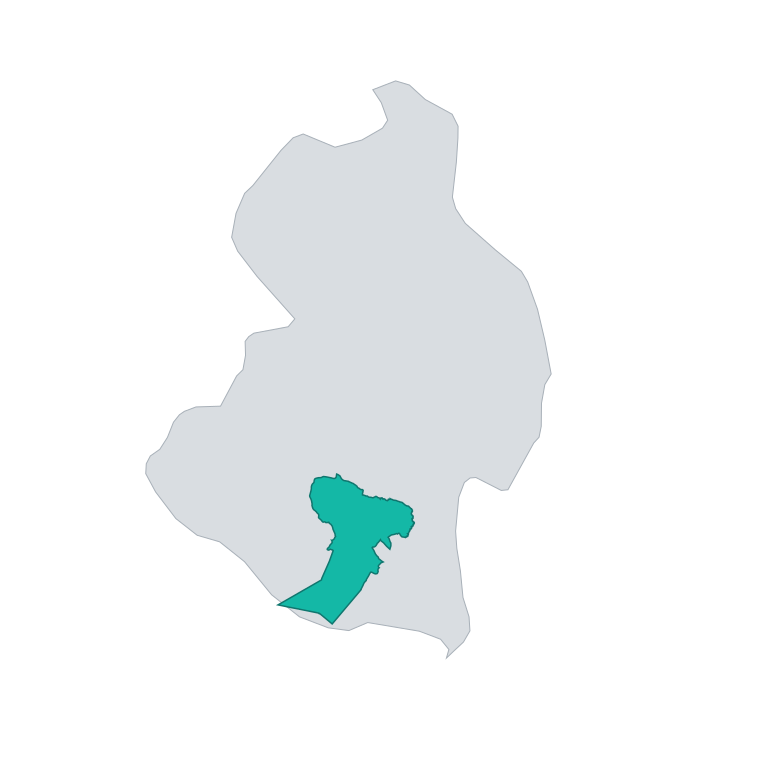 location of Gatsibo, Eastern, Rwanda, rotated 134°
{"feature_id": "39286606B53863210323147", "entity_name": "Gatsibo", "entity_type": "district", "adm_level": 2, "iso_a3": "RWA", "parent_name": "Rwanda", "parent_adm1": "Eastern", "projection": "robinson", "projection_center": [30.287, -1.667], "detail": "fine", "context": "in_parent", "style": "filled", "palette": "teal", "viewbox_px": 768, "rotation_deg": 134, "n_neighbors": 0, "source": "geoboundaries", "source_scale": "gbopen_adm2", "svg_char_len": 6881}
<svg xmlns="http://www.w3.org/2000/svg" viewBox="0 0 768 768"><g transform="rotate(134 384 384)"><path d="M314.6,235.5L322.4,235.3L374.0,221.4L379.1,225.7L387.4,252.9L391.8,256.8L399.0,257.8L413.5,251.6L440.1,230.3L451.6,217.5L465.3,199.3L482.7,178.9L492.4,161.1L501.9,150.7L514.4,147.6L528.2,148.3L537.8,148.7L529.9,152.9L528.3,166.0L537.3,186.9L566.9,230.0L585.8,238.0L598.1,254.7L610.2,283.0L613.7,318.4L608.7,360.9L611.7,392.6L622.6,413.3L625.4,440.2L620.3,473.3L614.0,493.1L606.5,499.6L598.1,502.1L586.7,499.9L572.8,502.7L557.7,508.9L548.2,509.8L542.3,508.6L531.1,503.3L513.5,486.2L480.6,495.6L471.7,495.4L459.6,503.5L449.8,513.5L443.8,514.2L437.8,512.9L409.4,492.7L399.1,493.4L394.8,550.0L390.1,581.5L384.3,595.5L364.0,609.0L343.6,616.7L332.4,616.2L287.5,620.4L270.0,620.4L260.3,615.8L247.7,583.7L223.9,569.4L201.0,562.8L191.7,564.6L183.5,581.4L180.1,596.5L157.9,586.2L151.3,573.4L150.7,551.9L142.6,522.4L147.1,509.8L155.7,501.7L174.1,486.1L202.1,464.6L208.1,454.2L212.0,437.1L210.2,397.2L207.5,363.5L210.8,351.5L223.6,325.5L240.7,298.9L260.7,270.7L272.7,267.9L288.5,257.3L305.2,241.5L314.6,235.5Z" fill="#d9dde1" stroke="#a8b0b8" stroke-width="1"/><path d="M481.7,355.5L483.6,354.1L484.3,353.7L484.9,353.6L485.4,353.6L486.2,353.9L486.9,354.6L487.3,355.1L488.2,356.8L490.3,360.1L491.6,362.0L492.4,363.0L492.8,363.4L493.5,363.7L495.0,364.2L497.0,366.1L499.2,367.5L500.2,367.8L500.6,367.8L501.7,367.3L503.5,366.0L505.7,366.0L506.5,365.8L507.7,365.3L508.6,364.7L509.8,363.5L511.3,362.5L516.1,359.8L516.6,359.1L517.4,356.9L518.3,355.1L520.2,352.4L520.6,352.0L521.2,351.7L522.4,349.8L522.6,349.2L523.0,348.6L523.2,347.3L523.2,346.8L523.0,345.6L523.0,344.3L522.9,344.1L523.2,342.9L523.2,340.6L523.5,340.1L524.2,339.4L524.6,339.0L524.9,338.9L525.6,338.2L525.7,336.7L525.5,335.9L525.6,334.7L525.5,334.0L525.8,333.3L525.8,332.3L525.6,331.8L524.4,331.0L524.2,330.6L524.1,329.6L523.4,328.9L523.2,328.6L522.1,328.0L521.8,327.5L522.0,327.3L521.9,327.2L522.1,326.7L522.1,326.0L521.8,324.5L522.1,323.7L522.1,322.9L522.2,322.7L523.0,321.1L523.9,319.8L525.7,315.4L526.6,314.1L526.9,313.9L527.1,313.6L527.2,313.0L527.7,312.9L528.5,312.8L530.2,312.2L532.0,312.5L532.4,312.7L532.7,313.0L532.7,312.7L532.9,312.7L533.1,312.2L533.7,311.7L533.8,311.3L534.2,311.2L534.6,311.0L535.8,311.0L536.9,310.9L537.3,311.0L537.7,310.8L538.5,310.6L538.9,310.3L541.6,310.4L541.9,310.2L542.2,310.1L542.5,309.8L542.3,309.0L542.0,308.5L541.3,308.1L540.4,308.0L540.0,307.7L539.7,306.6L539.3,306.1L539.1,305.1L539.2,304.8L549.4,300.2L567.1,293.7L568.4,292.9L616.5,306.8L609.8,296.2L607.0,291.9L605.7,289.9L605.1,289.2L605.0,288.8L604.7,288.3L594.2,271.9L594.3,271.6L594.3,271.2L594.1,270.8L593.8,270.8L592.6,254.6L548.0,257.6L548.0,257.8L543.5,259.2L541.2,260.1L538.4,260.4L537.9,260.2L536.8,260.9L532.4,261.9L531.0,262.4L528.7,262.9L528.0,262.3L527.9,262.0L527.1,259.3L526.5,258.2L525.3,257.3L524.9,257.3L524.2,257.4L522.9,258.0L522.3,258.9L521.9,259.3L521.0,259.8L520.4,259.9L520.0,259.9L519.5,259.8L519.5,260.6L519.4,261.0L519.2,261.3L518.8,261.7L517.9,261.9L516.7,261.8L515.2,262.0L513.5,261.4L512.6,261.0L513.0,262.8L513.1,264.6L513.3,266.2L513.2,266.9L512.7,267.5L512.5,268.1L512.5,268.7L512.6,269.7L512.2,272.1L511.8,273.2L510.8,275.6L510.2,278.0L510.1,278.7L509.7,278.9L509.0,278.8L508.7,278.4L507.9,277.8L507.3,277.6L506.9,277.5L505.8,277.5L504.2,277.8L503.4,278.2L502.9,278.2L502.3,278.0L498.4,278.4L498.8,277.6L498.9,277.4L498.5,273.8L498.6,273.2L498.9,269.4L498.8,265.0L495.7,266.6L494.0,268.2L493.5,268.9L493.1,270.4L491.9,272.5L491.4,274.1L491.4,274.6L490.6,274.6L490.2,274.5L489.4,274.2L488.9,274.2L487.9,273.9L487.3,273.8L486.9,273.6L486.5,273.1L486.4,273.1L485.3,272.3L484.5,271.9L484.1,271.6L483.7,271.5L482.9,271.1L482.6,270.1L482.4,270.0L481.6,270.0L481.0,269.6L480.8,269.2L480.8,268.9L480.9,268.4L481.2,267.5L481.4,267.1L481.5,265.7L481.5,264.9L480.7,263.8L480.2,263.2L479.6,262.0L479.3,262.1L479.1,261.8L478.4,261.6L478.1,261.9L477.9,261.8L477.5,261.5L477.4,261.2L477.2,261.1L477.0,261.4L476.9,261.8L476.4,261.7L476.2,261.9L475.7,261.7L475.4,262.0L475.2,262.0L474.9,262.3L475.0,262.5L475.1,263.0L474.4,262.7L474.1,262.8L473.8,263.0L472.8,263.3L471.9,263.4L471.7,263.7L471.4,263.6L471.0,263.8L470.5,264.4L470.1,264.6L469.8,264.4L469.6,263.9L469.2,264.0L468.9,264.0L468.7,264.1L468.4,264.1L468.5,264.3L468.3,264.4L468.2,264.4L468.2,264.5L467.8,265.0L467.6,265.2L467.4,265.2L467.4,265.3L467.0,265.2L466.9,265.0L466.3,264.5L466.1,264.6L465.8,264.9L465.2,264.9L465.0,265.4L464.7,265.6L464.3,265.6L464.5,265.4L464.4,265.4L464.1,265.3L463.9,265.5L463.9,265.3L463.5,265.4L463.4,265.5L463.5,265.6L462.9,265.9L463.0,265.8L462.9,265.7L462.6,266.0L462.5,266.9L462.9,267.5L463.0,267.8L463.0,268.1L462.7,268.6L462.5,268.8L462.3,268.8L462.3,269.0L462.3,268.9L462.2,269.0L462.2,269.4L461.9,269.6L461.8,269.9L461.6,269.9L461.5,270.1L461.3,269.9L460.9,270.2L460.7,270.3L460.1,270.1L459.8,270.8L459.8,270.6L459.4,271.0L459.2,270.9L459.0,271.1L458.9,271.3L458.7,271.9L458.9,272.5L458.9,272.9L458.8,273.4L458.6,273.4L458.5,273.7L458.4,274.3L457.9,274.6L457.7,274.6L457.3,274.9L457.0,274.9L456.7,275.0L456.6,274.9L456.3,275.0L456.1,275.1L456.1,275.3L455.7,275.2L455.3,275.8L455.0,276.0L455.0,276.8L454.9,276.8L454.8,277.2L454.6,277.5L454.9,278.3L454.9,280.5L454.8,281.1L455.0,281.4L455.0,281.9L455.9,282.9L455.9,283.4L456.2,283.9L456.4,284.7L456.3,285.3L456.5,285.7L456.4,287.0L456.5,287.5L456.7,287.8L456.6,288.2L456.6,288.7L457.0,289.4L457.2,289.5L457.5,290.3L457.9,290.7L458.0,291.5L458.9,292.9L459.0,293.5L459.5,294.6L459.8,295.0L460.2,295.4L460.5,296.0L461.1,296.6L461.2,297.5L461.6,298.2L461.7,298.6L461.9,298.7L462.1,299.2L462.2,299.9L462.7,299.5L462.9,299.6L463.2,300.2L463.3,300.3L463.6,300.3L463.9,300.8L464.3,300.7L465.0,300.3L465.6,300.5L466.0,301.3L466.2,301.9L466.3,302.0L466.2,302.3L466.3,302.7L466.2,303.2L466.2,303.4L466.4,303.8L466.5,304.1L466.7,304.4L467.1,304.6L467.3,305.1L467.5,305.0L467.5,305.5L467.4,305.7L467.5,305.7L467.5,305.9L467.7,306.1L467.7,306.3L467.6,306.6L468.4,307.2L468.9,307.0L469.4,306.8L469.2,307.7L469.4,308.6L470.1,309.7L470.0,310.5L470.2,311.3L470.4,311.7L470.7,311.8L470.9,312.0L471.4,312.0L472.2,312.5L472.9,312.5L473.7,313.1L474.6,314.8L475.1,315.2L475.8,316.2L476.1,316.6L476.1,317.0L476.1,318.0L476.4,318.4L477.2,319.2L477.3,319.9L478.0,321.2L478.0,321.4L478.3,321.7L478.5,322.2L478.7,322.4L478.5,322.6L477.5,323.6L476.7,323.9L476.4,324.3L476.3,324.2L475.0,325.1L474.9,325.5L474.9,326.1L475.2,326.3L475.4,326.7L475.8,326.9L476.1,327.6L476.2,328.2L476.3,328.6L476.3,328.9L476.4,329.2L476.3,329.3L476.7,330.4L476.8,331.0L476.6,331.9L476.3,332.4L476.5,333.4L476.4,334.0L476.6,334.6L476.8,335.5L476.8,336.0L477.0,337.2L477.6,338.3L477.6,338.7L477.8,339.1L477.9,339.5L478.2,340.2L478.3,340.6L478.5,341.0L478.7,341.4L478.6,341.8L478.8,342.1L481.4,345.9L481.7,347.8L481.6,349.1L480.7,351.9L481.2,354.4L481.7,355.5Z" fill="#14b8a6" stroke="#0f766e" stroke-width="1.5"/></g></svg>